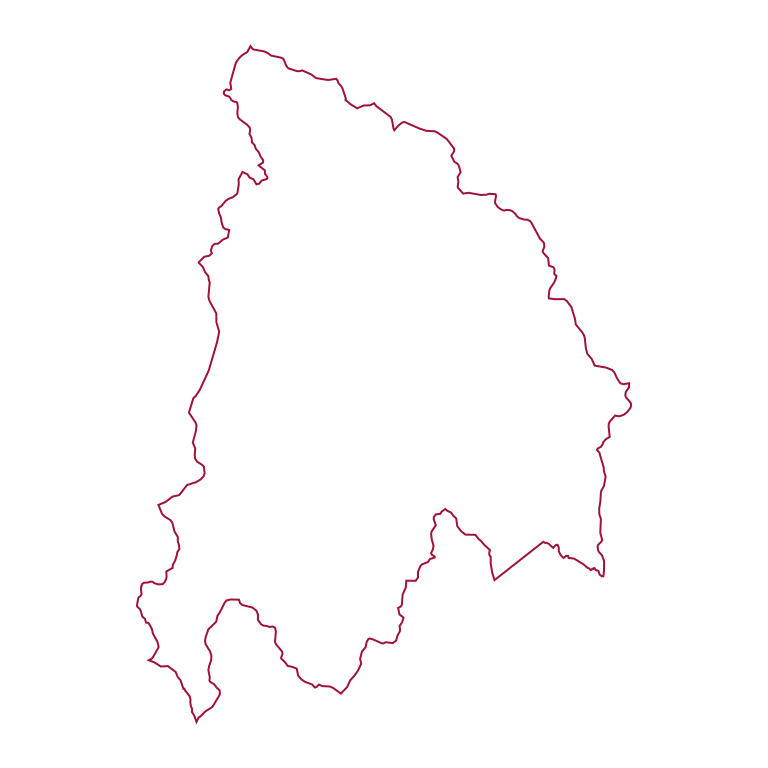 the district of Lam Binh, Tuyên Quang, Vietnam
{"feature_id": "81297802B83942116722165", "entity_name": "Lam Binh", "entity_type": "district", "adm_level": 2, "iso_a3": "VNM", "parent_name": "Vietnam", "parent_adm1": "Tuyên Quang", "projection": "natural_earth1", "projection_center": [105.222, 22.507], "detail": "fine", "context": "isolated", "style": "outline", "palette": "rose", "viewbox_px": 768, "rotation_deg": 0, "n_neighbors": 0, "source": "geoboundaries", "source_scale": "gbopen_adm2", "svg_char_len": 6090}
<svg xmlns="http://www.w3.org/2000/svg" viewBox="0 0 768 768"><path d="M247.3,52.0L242.0,55.3L239.3,57.9L235.9,62.6L230.3,82.6L231.2,89.0L229.1,90.3L226.4,89.4L224.1,91.4L223.7,93.5L225.2,95.3L229.3,96.6L231.5,100.2L234.3,101.7L236.6,102.1L237.3,103.2L237.9,107.1L237.3,113.3L238.1,117.4L240.0,119.5L247.2,124.8L249.7,127.6L250.2,130.1L249.5,134.1L251.5,137.8L252.0,142.4L254.7,145.2L255.8,148.8L258.9,152.4L260.5,156.4L263.2,160.2L263.0,162.6L258.6,165.4L264.9,170.4L265.0,173.8L267.1,176.6L267.5,177.9L266.9,178.9L261.5,180.7L259.2,183.7L256.5,184.3L253.3,179.2L249.6,177.5L247.4,174.3L242.5,172.0L238.5,179.4L238.8,184.2L237.5,192.4L236.9,194.0L233.2,197.0L228.0,199.1L225.4,201.1L221.4,206.1L218.8,207.8L218.2,208.9L219.2,213.7L220.9,217.4L221.6,222.4L223.1,227.3L225.1,229.0L229.2,230.0L227.8,237.5L223.1,239.5L218.0,243.7L215.1,243.8L213.5,244.7L212.1,246.4L210.9,250.5L211.8,253.5L209.1,255.8L204.1,256.8L198.8,262.3L199.1,263.1L202.9,267.0L205.1,272.2L208.3,276.0L208.8,279.9L209.7,282.5L208.4,296.8L209.5,301.0L216.3,313.5L216.4,322.3L219.2,331.7L217.0,342.3L208.7,370.6L199.8,389.8L195.8,396.0L193.4,398.1L189.1,412.1L189.1,412.9L195.4,422.3L196.5,425.3L195.9,431.0L192.8,442.7L195.3,448.6L194.7,454.7L195.0,458.4L197.0,461.6L202.3,465.0L203.9,466.7L204.6,473.4L203.7,476.2L200.5,479.5L196.2,482.1L187.1,485.0L179.2,495.1L172.5,496.6L165.7,501.9L158.4,504.9L162.0,513.8L164.3,516.3L170.4,520.1L172.3,522.6L174.5,531.5L177.8,537.0L177.8,541.5L178.8,544.4L179.4,549.0L177.3,552.1L176.8,555.4L175.2,560.4L172.8,564.9L172.6,567.9L166.3,571.5L166.6,576.4L166.2,579.0L164.9,581.7L162.6,584.2L157.9,584.3L154.2,583.1L152.4,581.7L150.3,581.7L148.4,582.4L143.7,582.8L142.1,584.2L141.2,586.4L141.0,589.9L141.6,593.8L140.5,596.1L138.4,597.5L136.9,605.7L137.3,606.7L139.8,609.0L140.8,611.0L142.3,616.5L144.9,618.8L146.1,622.7L148.4,622.8L151.0,627.3L152.2,630.0L152.8,633.4L157.4,641.8L158.4,645.4L158.5,647.5L152.9,657.3L151.6,658.8L148.8,660.2L154.4,662.4L160.8,666.5L167.9,666.1L175.6,671.9L177.7,676.9L180.5,680.2L183.4,688.8L184.4,688.7L184.9,690.2L189.8,696.5L190.5,699.7L190.3,702.2L190.9,706.4L192.1,708.8L192.0,712.1L194.2,715.5L196.5,721.9L198.7,717.3L200.0,716.8L205.1,711.6L212.4,706.9L219.8,694.6L219.7,690.4L216.5,687.5L214.3,684.4L210.2,681.8L209.4,680.5L209.8,677.5L208.4,670.1L209.1,666.1L211.1,660.5L211.4,655.8L210.0,651.3L205.6,644.2L205.0,640.8L205.8,636.7L208.3,629.4L216.3,621.6L217.4,615.9L220.1,611.8L224.7,602.6L226.6,600.4L230.5,599.5L239.0,599.7L240.0,603.1L242.3,605.0L252.4,607.5L256.3,610.6L258.0,614.6L257.9,619.8L261.0,624.2L263.5,625.6L267.0,626.0L269.4,627.0L272.6,626.5L275.1,627.8L275.9,631.7L275.0,641.6L275.7,643.8L282.2,651.8L282.5,654.0L281.1,657.7L281.3,658.7L284.9,662.1L287.8,666.0L291.7,666.7L296.7,668.6L298.2,675.8L301.6,679.5L304.9,681.8L312.2,684.5L314.8,687.5L316.5,687.0L318.9,684.6L322.4,686.1L329.7,686.5L333.0,687.8L340.9,693.6L347.1,687.1L350.4,680.1L353.9,676.3L357.8,670.9L361.2,663.8L360.1,658.8L362.0,651.5L365.6,647.2L366.6,642.0L368.5,638.9L370.0,638.5L373.0,639.4L381.9,643.4L383.4,643.4L385.8,642.2L392.7,643.1L396.1,640.6L397.5,635.6L399.9,631.1L400.1,629.6L399.5,626.3L402.3,621.8L403.4,618.4L403.3,617.4L399.5,614.5L398.1,608.0L401.0,606.3L401.9,604.5L402.6,594.7L405.7,587.7L406.3,580.7L415.7,580.8L418.0,577.5L418.0,571.8L420.3,566.3L422.0,564.4L428.0,562.0L429.8,559.1L434.7,557.5L434.8,556.6L431.6,554.5L431.1,553.0L433.0,549.1L433.5,545.6L431.8,539.7L431.2,534.8L431.4,531.9L435.8,525.1L433.7,519.3L433.9,516.9L435.8,514.4L440.4,513.8L441.5,511.8L445.3,509.0L447.3,510.8L451.0,512.5L453.3,515.7L456.2,518.4L457.3,526.2L461.1,531.2L465.4,534.6L475.3,534.8L478.8,539.2L480.8,540.7L484.1,544.7L490.0,550.1L489.3,552.1L489.3,554.7L490.7,556.8L490.7,563.4L492.2,572.6L494.5,580.1L543.3,541.8L545.1,542.9L546.8,542.8L548.7,543.8L553.2,547.9L556.0,544.9L557.6,544.9L558.8,547.7L558.7,551.0L559.4,552.6L561.0,555.5L563.2,557.7L563.6,558.0L566.0,555.9L568.0,555.8L568.7,558.0L573.9,558.5L583.3,564.2L587.5,567.8L589.3,568.5L590.6,570.0L591.5,569.9L592.3,568.7L593.3,568.9L593.9,568.1L594.6,568.1L595.7,570.1L598.4,570.8L599.6,574.5L601.7,576.2L603.3,576.3L604.0,571.2L604.1,561.0L602.0,555.3L598.9,552.0L598.1,550.2L597.6,546.9L598.1,544.9L601.2,541.8L602.2,540.0L600.3,532.9L600.9,518.8L599.3,514.3L599.2,508.5L600.4,501.2L600.9,492.3L601.5,490.2L604.0,485.9L605.6,476.5L603.9,471.1L603.7,467.5L599.3,452.5L596.9,449.9L597.6,448.6L600.9,446.8L602.5,444.5L603.3,442.2L605.6,439.4L609.7,436.9L608.6,426.4L608.8,423.6L609.8,421.6L615.0,415.6L619.4,416.3L623.7,414.8L627.2,412.1L630.4,407.9L631.1,405.7L630.8,403.0L625.9,397.2L625.3,395.2L625.8,392.0L629.0,387.3L629.1,383.2L623.6,384.2L620.9,383.5L619.6,382.3L616.8,377.8L614.4,372.5L612.1,370.0L606.1,367.6L594.7,365.6L591.8,359.1L587.4,353.9L585.9,348.5L584.7,337.4L583.7,334.7L582.1,332.2L575.8,324.5L575.0,319.0L571.5,307.3L566.9,301.1L564.3,299.1L555.1,299.2L548.9,298.4L548.7,296.1L549.4,290.2L550.1,288.4L554.1,282.6L556.2,277.6L556.4,275.7L554.9,274.7L554.2,273.4L554.6,270.4L554.2,268.4L553.3,267.2L548.9,265.6L548.2,258.2L542.9,252.4L542.7,250.8L544.3,247.0L544.1,243.5L543.6,242.4L539.9,238.5L531.3,222.6L530.2,221.2L527.5,219.7L524.3,219.6L518.9,217.9L516.7,216.0L515.1,213.5L511.9,210.9L510.0,210.2L506.0,209.9L505.0,210.5L503.3,210.4L500.1,208.9L497.5,206.7L495.1,203.1L495.1,200.8L496.1,195.7L495.5,194.2L489.1,193.8L486.6,194.7L480.9,195.0L468.7,192.8L463.2,193.6L457.9,187.7L457.7,186.2L458.4,182.0L457.6,177.1L460.6,172.3L459.5,168.0L458.6,165.3L457.1,163.4L454.3,161.8L451.3,155.8L454.2,151.1L454.1,148.7L446.9,139.1L437.2,132.4L434.6,131.3L426.3,130.8L420.1,128.8L404.5,122.0L402.3,122.5L398.4,125.5L394.3,130.3L393.5,128.6L392.0,119.8L390.7,117.0L376.4,106.2L374.1,103.2L370.1,105.3L363.7,105.5L357.2,108.3L351.4,104.8L345.4,100.0L345.9,98.8L342.8,89.2L341.3,86.3L338.4,83.1L337.4,80.2L336.2,78.8L328.1,80.0L317.1,78.3L315.6,77.8L311.6,74.6L302.2,70.4L299.5,71.2L296.9,71.1L289.0,68.6L287.5,67.5L286.0,65.1L283.3,58.7L280.5,57.5L271.1,55.6L267.4,52.8L264.2,51.4L253.9,49.6L252.5,48.9L250.5,46.1L247.3,52.0Z" fill="none" stroke="#9f1239" stroke-width="2"/></svg>